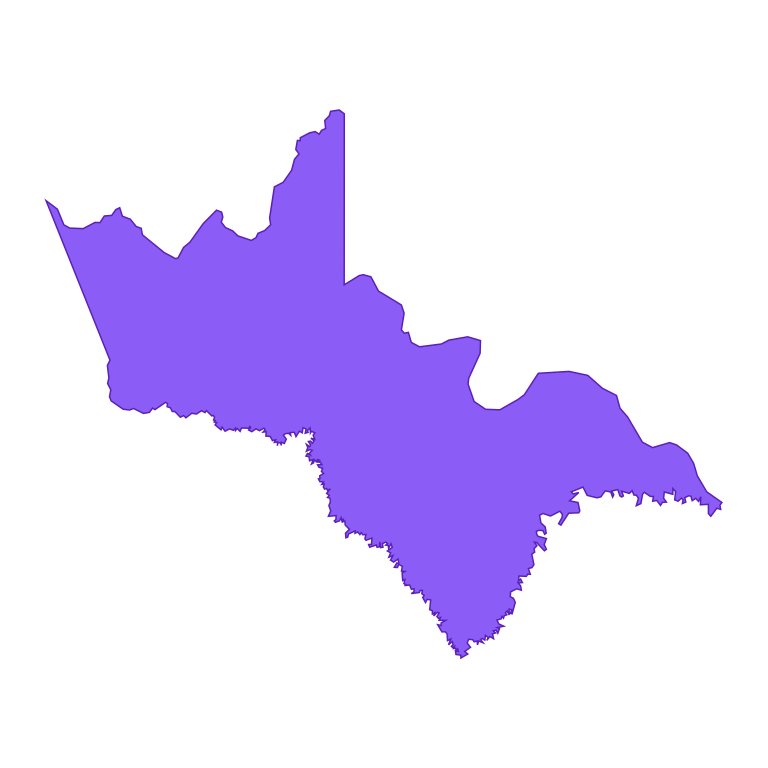 Santander (Araracuara), Amazonas, Colombia
{"feature_id": "7082276B22108715685729", "entity_name": "Santander (Araracuara)", "entity_type": "district", "adm_level": 2, "iso_a3": "COL", "parent_name": "Colombia", "parent_adm1": "Amazonas", "projection": "robinson", "projection_center": [-71.884, -1.077], "detail": "fine", "context": "isolated", "style": "filled", "palette": "violet", "viewbox_px": 768, "rotation_deg": 0, "n_neighbors": 0, "source": "geoboundaries", "source_scale": "gbopen_adm2", "svg_char_len": 6126}
<svg xmlns="http://www.w3.org/2000/svg" viewBox="0 0 768 768"><path d="M721.9,502.5L706.7,491.8L697.3,475.8L693.7,463.5L687.7,453.2L676.5,444.9L669.6,442.6L652.6,447.6L642.4,442.2L627.6,417.0L620.0,408.2L616.5,395.5L602.4,388.3L587.8,375.4L569.0,371.4L538.3,373.3L524.3,394.8L517.8,399.6L499.9,409.8L485.6,409.3L474.1,401.5L468.1,384.2L468.7,378.3L480.1,353.3L480.5,340.6L467.7,336.8L448.9,340.1L441.4,344.0L419.5,346.8L411.3,342.4L408.4,332.4L404.3,333.2L401.4,329.9L404.1,313.2L401.4,305.0L378.5,291.1L370.9,276.8L363.3,274.7L359.2,275.6L344.2,284.8L344.3,113.8L339.2,110.0L330.6,111.3L329.3,115.8L324.8,120.4L325.6,128.5L321.5,130.4L319.2,134.2L315.2,131.6L309.7,132.8L300.3,137.7L300.2,140.7L297.4,140.4L295.8,149.5L299.0,153.9L294.5,159.3L291.6,170.3L283.2,182.3L274.4,186.8L269.6,218.0L270.7,224.7L264.6,230.6L258.0,233.3L256.0,237.7L251.3,240.4L237.9,235.9L232.6,230.8L225.5,227.6L221.3,222.2L222.8,217.1L221.6,212.1L216.5,210.2L203.3,223.5L190.0,242.1L183.6,247.4L178.0,258.0L175.4,258.6L164.2,252.6L142.4,234.8L141.2,228.3L136.2,226.5L130.3,219.2L122.4,216.2L119.7,207.7L115.8,209.6L111.7,215.4L104.3,216.0L100.0,222.6L95.1,222.4L83.2,228.6L69.8,228.1L63.9,224.9L57.4,209.2L46.1,200.7L110.0,360.2L107.4,365.4L108.9,378.0L107.6,383.5L110.8,389.8L109.5,396.8L111.2,400.9L123.1,409.2L129.5,410.0L133.6,408.5L143.5,413.4L149.4,412.4L152.6,408.1L155.0,409.6L165.5,402.4L167.5,403.5L167.1,406.7L170.3,407.7L172.3,411.5L175.0,411.6L180.3,417.2L183.6,415.6L185.9,417.8L191.7,413.3L196.5,414.0L201.5,410.7L205.0,412.6L206.4,410.6L211.8,415.9L213.2,415.4L214.6,417.3L213.5,420.0L215.2,420.6L214.2,422.0L216.6,422.6L215.1,424.9L221.0,429.8L222.0,427.1L225.1,431.2L229.6,428.9L233.4,430.3L235.4,428.3L235.5,430.5L237.2,428.5L240.1,431.4L241.5,428.0L248.6,428.2L249.8,426.5L250.6,427.7L248.6,430.0L251.8,431.7L256.0,428.8L259.5,430.7L264.0,428.1L265.1,429.8L263.1,432.1L266.2,431.7L265.9,436.1L270.3,436.5L272.4,440.6L275.6,439.8L274.4,442.4L277.5,441.9L277.4,445.8L277.6,443.0L280.6,442.7L281.3,445.4L281.3,442.2L284.3,443.5L286.3,439.1L283.4,435.2L285.3,433.7L288.6,433.3L290.7,435.3L290.1,432.6L294.3,432.3L296.0,436.6L299.4,431.2L302.2,432.8L303.0,427.7L306.1,428.9L305.2,433.2L308.1,432.4L307.5,430.5L310.1,428.0L310.4,433.0L311.5,431.3L314.9,432.9L313.1,435.2L314.7,439.3L310.9,438.2L314.0,440.9L312.3,443.3L310.6,441.1L308.4,441.5L310.6,445.1L309.7,446.7L306.5,444.4L307.8,447.6L306.4,451.2L310.1,449.6L312.1,450.4L309.3,453.4L310.3,455.0L307.4,453.5L306.0,456.1L309.0,456.7L309.6,460.8L313.3,459.5L311.5,464.0L313.6,462.8L314.2,459.8L316.2,461.6L317.6,459.5L319.6,460.3L317.4,462.0L320.3,462.3L321.9,464.7L317.6,464.8L319.0,467.3L322.6,468.3L321.4,471.4L323.6,473.5L319.7,475.8L319.9,478.6L318.4,478.9L319.9,481.7L323.5,481.9L321.7,484.4L324.2,484.0L323.3,487.0L324.6,489.1L326.7,488.6L327.5,490.4L330.3,488.8L326.6,493.4L329.3,495.4L327.5,497.5L329.9,498.2L330.4,501.8L328.9,505.6L330.7,510.9L328.4,516.3L336.1,515.6L335.9,519.6L334.3,520.9L335.4,522.3L339.6,520.8L341.1,517.7L341.9,520.8L343.6,518.7L342.7,521.9L344.8,521.0L345.2,525.0L349.4,529.3L345.5,533.2L345.9,537.8L347.7,537.2L348.5,534.0L355.2,530.9L355.0,533.3L357.7,532.0L359.9,534.6L361.4,532.6L362.8,534.8L365.9,534.5L364.9,538.8L366.0,540.3L371.9,538.1L371.5,544.4L368.6,544.5L369.7,547.2L376.3,545.0L377.1,547.3L379.4,546.8L379.8,541.9L380.6,547.6L383.0,547.2L382.4,543.6L385.8,542.1L387.6,543.5L385.7,545.1L388.2,545.5L388.6,548.4L391.0,543.8L392.3,547.4L387.4,551.0L390.6,552.8L388.8,557.2L392.9,555.6L390.5,560.1L393.6,562.1L398.1,559.0L398.8,563.5L396.8,563.0L394.3,567.3L397.5,567.5L398.7,564.4L402.3,566.3L401.5,571.2L404.8,571.5L402.1,572.9L402.7,580.5L404.9,579.4L403.9,583.6L407.1,585.1L404.3,585.6L409.6,585.0L411.4,589.3L414.1,588.8L414.0,591.7L411.3,593.6L419.4,592.5L420.1,590.5L422.4,590.4L421.8,593.7L424.2,595.4L422.7,597.5L425.5,602.5L427.1,599.4L430.7,599.9L429.7,609.7L432.3,610.7L432.4,614.0L434.8,612.6L433.7,615.9L437.4,612.3L439.1,612.9L436.9,616.6L438.5,618.3L440.4,617.6L439.1,620.3L445.6,620.4L441.1,623.0L441.1,625.5L437.7,624.7L441.9,631.9L445.3,631.8L447.1,634.0L447.5,640.6L450.8,639.0L448.5,644.8L452.2,641.6L453.2,644.5L451.4,646.3L452.7,647.6L454.4,646.4L453.6,648.6L455.7,648.2L456.0,650.1L457.7,648.9L458.4,651.5L455.4,650.9L456.0,654.5L460.8,655.1L460.9,658.0L467.8,654.0L464.7,651.5L470.5,647.3L467.2,643.1L468.6,639.3L472.8,639.7L474.1,641.8L477.1,641.0L477.5,644.9L478.6,641.0L483.1,642.8L480.6,639.6L482.1,638.5L484.8,640.1L485.5,635.4L488.2,637.5L486.8,640.4L489.9,636.5L493.6,638.7L492.5,633.8L495.5,633.0L493.3,630.8L496.1,630.1L497.8,633.2L499.5,628.6L497.2,627.6L503.8,626.2L498.9,624.0L497.0,620.0L501.1,618.9L501.9,616.4L503.5,618.2L504.2,615.8L506.8,614.8L505.4,612.9L507.1,610.9L509.2,615.0L509.1,609.1L511.6,609.8L510.5,613.4L512.1,613.8L515.3,602.4L513.4,598.3L510.2,596.6L510.7,591.8L516.8,588.8L521.3,590.2L520.6,585.8L518.2,582.9L522.4,582.6L520.6,579.1L518.4,581.0L519.1,576.0L526.3,576.4L527.7,574.2L530.3,574.3L528.4,568.5L532.0,567.6L533.9,564.6L531.8,554.2L534.7,552.1L534.0,548.7L536.9,545.8L534.4,542.2L536.6,542.5L544.4,550.8L546.4,549.3L544.2,544.5L546.4,538.6L538.1,536.3L536.7,534.3L536.4,531.4L538.8,530.3L542.9,530.6L544.7,534.3L546.2,533.2L545.2,526.9L540.9,522.9L539.6,515.1L543.0,513.5L550.5,516.0L559.9,511.2L562.3,514.3L562.2,517.2L558.6,523.7L560.9,525.1L568.7,513.2L578.8,512.8L579.8,510.8L578.0,502.5L569.6,500.8L578.8,492.5L573.2,493.9L571.3,491.8L583.0,487.1L587.2,495.4L597.0,497.8L600.8,496.9L605.2,490.9L610.7,492.0L612.6,497.1L613.8,494.8L611.7,491.0L617.8,489.6L619.9,495.9L621.8,497.0L623.4,495.9L621.5,491.2L629.4,493.4L632.1,490.7L633.9,495.0L636.5,495.3L638.4,498.4L636.3,505.7L640.9,503.6L642.6,494.1L644.3,492.3L650.3,496.4L653.4,496.5L652.7,501.2L656.8,500.5L660.5,505.4L662.4,502.4L666.4,502.1L663.6,498.2L664.3,492.0L672.8,494.3L672.9,488.6L675.6,491.6L674.7,499.9L678.1,501.2L681.5,498.1L683.1,500.0L682.4,503.5L685.8,502.1L684.8,497.7L688.7,495.8L690.9,496.2L692.2,500.7L695.7,498.4L698.6,501.4L700.8,496.7L700.4,504.8L708.4,504.3L708.4,513.6L710.8,516.3L716.8,508.3L720.7,509.4L719.9,505.3L721.9,502.5Z" fill="#8b5cf6" stroke="#5b21b6" stroke-width="1.5"/></svg>